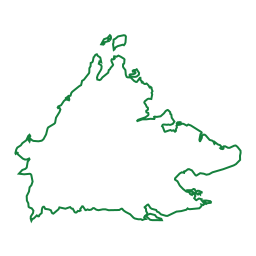 Sabah, Mercator projection
{"feature_id": "MYS-1186", "entity_name": "Sabah", "entity_type": "State", "adm_level": 1, "iso_a3": "MYS", "parent_name": "Malaysia", "parent_adm1": "", "projection": "mercator", "projection_center": [117.356, 5.751], "detail": "fine", "context": "isolated", "style": "outline", "palette": "green", "viewbox_px": 256, "rotation_deg": 0, "n_neighbors": 0, "source": "natural_earth", "source_scale": "10m", "svg_char_len": 5840}
<svg xmlns="http://www.w3.org/2000/svg" viewBox="0 0 256 256"><path d="M86.1,210.1L85.4,210.1L82.9,206.4L82.2,206.3L80.2,209.1L80.6,210.5L79.1,211.2L77.9,210.9L76.5,212.4L75.9,212.6L74.7,212.2L72.8,208.7L71.6,208.6L70.1,207.1L65.4,208.7L59.4,207.4L58.5,209.3L53.4,213.6L52.4,213.3L51.8,212.6L50.9,210.3L48.8,209.4L45.2,208.9L44.4,207.2L43.9,206.7L43.2,206.8L42.5,207.5L41.9,209.4L41.7,213.0L39.5,214.9L39.0,216.2L38.2,216.4L36.8,215.4L33.6,218.6L32.4,218.9L31.4,220.8L30.7,218.7L30.8,216.5L33.0,213.1L33.4,210.6L31.7,208.3L29.4,207.5L28.6,206.8L28.3,203.3L26.9,200.6L26.7,196.1L29.0,191.5L29.6,187.3L31.4,185.2L32.6,181.6L31.3,175.0L30.5,174.0L29.7,173.8L24.2,174.3L18.9,173.7L22.3,170.0L25.3,168.9L26.7,167.6L27.7,161.7L29.5,159.3L29.1,158.5L26.9,159.5L24.8,159.5L22.8,158.6L17.7,154.2L17.7,152.8L17.1,152.6L15.7,153.8L15.4,153.1L16.3,149.5L17.3,147.6L20.9,145.3L22.3,143.2L26.3,140.3L28.3,135.9L29.5,134.8L30.3,136.1L28.3,139.8L29.5,141.5L30.3,138.7L32.3,140.4L33.4,140.9L38.5,141.3L41.7,140.7L43.5,139.2L46.1,134.4L47.6,128.4L48.2,127.4L54.2,123.8L55.1,122.8L56.0,117.7L59.5,112.0L60.4,109.5L59.5,107.8L58.2,108.2L57.7,107.5L58.3,106.4L61.1,105.2L63.8,101.1L65.0,100.0L66.7,99.5L69.0,100.3L69.3,99.7L69.0,97.8L68.3,97.6L65.8,98.3L65.8,98.0L67.3,97.1L68.5,95.9L70.1,95.9L70.6,95.6L71.2,93.2L72.2,91.8L79.2,86.2L81.1,85.1L82.1,80.8L83.9,79.7L89.0,73.2L89.3,72.2L89.4,68.2L90.6,66.2L90.7,63.0L92.3,62.2L92.8,61.3L93.6,57.3L94.2,56.8L95.1,55.2L96.3,54.4L96.9,54.3L97.7,55.8L100.1,57.4L100.4,58.0L101.2,62.2L99.5,61.4L98.8,63.8L101.2,65.2L101.6,66.4L101.4,68.7L100.7,70.2L97.8,75.0L97.0,77.5L97.3,79.5L99.6,80.1L100.8,79.5L102.4,77.4L108.2,72.7L108.8,70.0L109.9,69.3L110.7,67.8L112.7,65.6L113.1,64.8L111.4,61.0L111.5,59.8L111.9,59.2L113.6,59.4L114.5,58.8L114.7,58.4L114.0,57.9L113.9,57.3L114.2,56.3L116.6,56.7L118.4,55.6L120.7,56.7L123.9,58.7L124.5,59.4L124.2,63.2L123.9,63.8L123.1,64.2L123.0,66.4L123.3,67.4L125.4,70.1L125.8,74.7L126.7,76.9L127.5,77.3L130.7,77.5L134.2,81.0L136.1,82.0L137.0,81.8L139.9,77.8L140.4,77.8L140.6,80.3L142.2,81.6L141.8,81.8L141.8,82.5L143.0,82.9L144.4,83.9L145.2,84.0L146.6,83.5L148.5,85.4L149.7,87.6L150.1,87.6L150.6,86.9L151.5,87.6L151.7,89.2L152.5,91.2L151.6,92.8L152.2,94.3L151.3,99.0L148.5,98.7L147.5,99.1L144.8,101.3L144.3,102.3L144.6,103.2L145.8,104.7L146.7,106.9L147.8,107.6L148.0,109.1L147.8,109.8L146.3,110.7L146.2,111.4L146.5,112.4L148.2,112.9L148.5,114.4L148.2,115.3L145.4,117.3L138.1,119.8L136.7,121.3L142.5,119.3L146.5,119.3L150.4,118.8L154.3,119.0L154.6,118.4L154.1,116.9L154.7,116.6L156.8,116.9L160.6,116.3L163.9,113.4L165.7,111.0L167.4,110.0L168.2,110.2L170.2,112.2L170.3,113.9L171.3,114.5L171.7,117.7L174.4,121.6L172.8,123.9L170.6,124.8L169.3,124.8L168.2,124.5L167.2,124.8L163.7,124.5L162.7,124.8L162.0,126.2L162.8,126.9L164.5,131.4L165.0,131.8L170.4,130.0L171.8,130.8L173.4,130.3L175.0,131.7L176.0,130.8L175.7,129.7L176.9,127.3L176.5,125.7L177.4,125.0L180.0,124.7L182.3,123.7L183.6,123.9L186.8,125.6L188.3,124.5L190.9,125.5L201.4,132.1L201.7,132.8L201.5,133.4L200.5,134.2L199.6,138.7L199.4,139.9L199.8,141.1L200.2,141.1L201.8,137.9L201.9,135.8L203.4,134.7L204.7,134.7L205.8,135.5L209.6,139.9L212.1,140.6L213.3,141.4L214.4,143.9L215.1,143.3L215.1,142.3L217.8,144.4L220.1,145.2L221.1,146.4L221.3,147.7L220.3,148.2L220.9,148.8L222.7,149.1L223.4,148.7L223.6,147.9L223.1,146.8L223.8,146.3L225.2,146.3L228.0,147.8L229.7,147.8L234.2,145.7L235.7,145.5L237.4,146.8L240.5,150.7L240.6,152.9L240.0,155.8L240.1,159.9L236.0,164.1L233.7,165.4L223.2,169.2L212.5,172.3L209.1,174.2L206.4,174.7L203.7,173.7L200.2,173.2L196.5,175.5L196.0,175.5L195.2,174.9L191.9,170.4L188.9,169.1L188.3,169.4L187.8,169.3L184.8,171.6L184.3,171.3L184.0,171.5L184.0,172.8L181.8,172.3L179.7,173.5L175.1,178.3L175.0,179.6L177.5,181.3L179.8,185.6L183.2,189.1L186.4,191.6L189.1,192.1L190.1,194.0L190.9,194.5L191.9,194.9L192.0,194.0L192.8,193.7L194.7,194.5L195.4,196.0L194.2,198.2L195.8,199.9L196.3,200.2L199.0,198.5L201.7,199.3L201.4,200.1L204.4,203.6L204.4,204.0L203.3,205.0L201.3,204.5L201.6,205.4L201.3,206.3L199.3,208.3L189.8,209.2L188.5,209.0L187.6,208.4L186.4,209.7L181.2,211.1L176.5,211.6L167.5,215.9L166.2,215.9L161.0,214.4L158.8,212.3L157.0,211.6L156.2,210.0L151.7,208.8L150.4,207.9L148.3,204.6L147.5,204.7L144.6,207.2L144.8,207.7L145.9,208.4L146.2,211.4L147.2,212.8L147.3,213.5L146.6,214.7L145.0,215.9L144.2,217.3L145.8,219.0L144.7,219.1L142.3,220.0L140.9,219.2L138.4,219.3L134.8,218.5L133.5,217.7L130.2,214.3L125.6,211.9L123.5,210.4L122.2,208.8L121.4,208.7L119.2,210.0L108.6,210.2L105.4,209.3L103.0,209.3L98.5,210.2L96.3,209.7L94.2,208.2L93.1,208.1L91.3,209.6L89.1,210.0L87.6,209.4L86.1,210.1ZM118.1,36.4L123.9,35.2L125.3,35.6L125.9,36.6L125.5,42.4L124.8,44.1L123.9,45.2L122.9,44.7L117.8,46.1L115.4,47.5L114.5,49.4L113.8,49.9L113.0,44.1L113.5,42.7L113.6,39.6L115.4,38.7L118.1,36.4ZM150.2,219.8L146.8,216.8L146.5,216.1L147.0,215.3L148.0,214.6L150.1,213.8L154.9,215.0L156.8,217.4L161.3,218.8L161.9,220.2L152.2,220.1L150.2,219.8ZM136.7,69.3L139.1,73.0L138.9,74.7L136.7,76.5L135.2,76.9L131.7,76.7L129.7,75.8L129.6,74.8L130.1,74.4L133.7,74.1L135.3,73.3L135.5,72.3L135.0,71.8L132.9,71.7L132.7,70.9L133.4,70.2L135.7,69.9L136.7,69.3ZM196.6,191.8L197.4,190.8L198.9,190.8L201.7,192.1L201.7,192.6L200.3,193.0L200.2,194.5L198.8,193.4L198.0,194.5L195.8,193.2L193.9,192.8L193.1,192.1L187.2,190.6L187.2,190.2L191.7,190.2L193.5,189.0L194.6,189.2L195.6,191.0L196.6,191.8ZM109.9,35.2L110.7,36.0L111.0,37.3L110.9,38.7L110.3,39.6L109.2,38.6L108.4,39.0L108.1,40.1L108.7,41.1L103.2,42.5L104.3,43.7L103.4,44.6L101.2,44.3L104.0,39.2L107.5,38.0L109.9,35.2ZM206.1,200.5L210.3,201.2L211.0,202.0L210.7,202.8L207.3,203.2L206.1,204.0L205.7,203.8L205.7,202.5L204.7,201.6L204.3,200.6L206.1,200.5ZM179.9,122.1L180.7,122.3L180.8,122.9L180.5,123.4L178.1,124.1L176.8,123.7L176.7,123.3L177.7,122.3L179.9,122.1Z" fill="none" stroke="#15803d" stroke-width="2"/></svg>